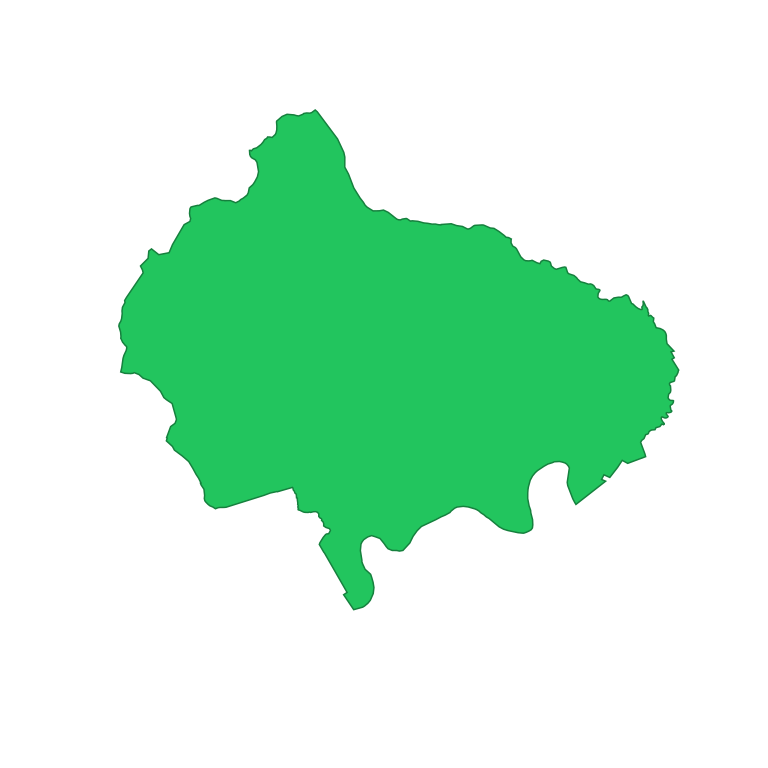 Cicarlau, Maramures, Romania (Albers equal-area conic projection), rotated 296°
{"feature_id": "2599482B33598130201081", "entity_name": "Cicarlau", "entity_type": "district", "adm_level": 2, "iso_a3": "ROU", "parent_name": "Romania", "parent_adm1": "Maramures", "projection": "albers", "projection_center": [23.395, 47.725], "detail": "fine", "context": "isolated", "style": "filled", "palette": "green", "viewbox_px": 768, "rotation_deg": 296, "n_neighbors": 0, "source": "geoboundaries", "source_scale": "gbopen_adm2", "svg_char_len": 6171}
<svg xmlns="http://www.w3.org/2000/svg" viewBox="0 0 768 768"><g transform="rotate(296 384 384)"><path d="M359.9,609.3L393.8,625.8L393.6,621.4L398.8,621.5L399.0,627.9L411.4,630.5L419.8,631.6L419.5,637.8L433.4,651.0L435.6,649.1L444.1,640.2L446.4,640.4L448.9,641.6L453.2,641.4L454.8,643.1L455.5,643.3L457.2,643.1L458.1,643.4L459.9,644.6L461.7,647.6L464.0,647.6L466.7,650.6L469.8,651.3L469.9,653.0L470.7,653.5L471.3,653.2L472.3,651.0L473.6,649.1L474.9,648.1L475.8,648.0L476.3,648.3L476.6,651.4L477.1,652.4L478.0,653.2L478.8,653.6L479.5,653.5L480.8,650.8L481.9,650.4L482.2,650.6L482.9,652.4L483.9,653.7L484.7,654.4L485.6,654.6L486.0,654.4L486.4,653.2L489.6,650.9L490.2,650.8L492.5,652.0L493.5,652.1L494.3,652.1L495.8,651.6L495.9,651.1L494.9,648.7L494.9,647.6L495.6,646.0L496.3,645.3L499.6,644.3L501.5,644.9L502.4,645.0L504.1,644.5L507.9,642.3L508.2,641.3L509.4,640.4L510.8,640.6L513.4,643.3L514.2,643.7L518.1,642.5L519.7,643.2L523.2,643.2L524.6,642.8L525.7,642.8L532.5,631.9L534.8,633.4L538.7,627.9L540.7,630.2L544.3,620.7L547.9,618.2L551.4,616.5L553.0,615.1L554.3,613.3L554.9,611.0L554.9,607.9L553.9,603.9L556.8,600.8L558.0,598.8L561.5,597.6L561.7,596.3L562.5,594.0L562.4,593.3L561.2,592.2L561.4,591.6L563.5,590.9L564.8,589.4L566.5,588.5L567.7,587.0L568.1,585.8L572.0,581.0L572.0,580.7L571.5,580.7L570.1,581.7L568.0,582.4L566.2,582.0L564.6,583.2L564.1,583.2L563.8,582.8L563.4,581.7L563.3,579.2L563.8,576.4L565.0,572.8L564.9,571.2L569.8,565.5L570.4,564.3L570.3,562.5L568.2,560.8L566.0,559.3L564.7,556.5L562.1,552.9L557.5,550.6L557.1,549.9L557.2,549.0L557.7,547.9L557.5,546.6L555.6,542.9L555.1,541.2L555.2,539.7L555.7,538.4L556.5,537.8L559.4,536.8L562.6,537.1L563.2,536.6L563.2,535.6L562.5,533.6L562.5,532.6L564.4,529.4L564.7,527.3L564.5,525.8L563.3,523.9L562.9,520.1L562.0,515.8L563.2,511.9L564.0,510.5L564.8,507.1L564.1,502.0L564.3,500.9L564.7,500.1L568.6,496.3L568.3,495.0L566.8,493.0L562.6,488.5L562.5,486.4L563.2,483.4L563.5,482.6L565.8,480.6L566.4,479.8L566.5,477.8L565.4,473.2L563.2,471.5L560.5,471.4L560.0,468.3L560.1,462.8L559.4,462.2L558.1,460.2L556.9,457.2L556.9,455.3L558.3,451.1L563.5,443.9L564.2,442.3L564.4,439.2L566.6,436.3L569.4,435.0L570.1,434.9L570.2,431.8L569.4,429.2L570.1,427.3L571.5,420.5L572.1,414.6L570.8,411.1L570.5,403.9L570.0,402.5L566.4,396.1L565.5,395.3L561.8,393.4L560.1,391.7L559.9,390.7L560.0,385.5L558.2,379.8L557.5,374.2L552.4,365.4L551.9,365.4L550.9,362.6L550.3,360.1L548.8,357.2L547.6,352.9L546.2,349.1L545.1,343.2L543.0,337.7L542.0,336.5L542.6,332.3L542.5,331.4L540.2,328.1L538.7,326.9L538.0,325.1L537.8,323.5L538.0,322.3L540.1,312.7L540.1,307.3L537.5,303.7L534.8,298.3L535.5,291.5L536.4,288.7L538.3,285.8L540.7,280.9L546.9,271.0L557.1,260.1L561.7,253.7L570.8,249.3L574.6,246.3L583.9,234.8L599.4,204.7L600.1,202.0L596.2,200.0L594.9,198.6L593.7,195.7L592.0,193.3L590.8,192.8L587.5,189.8L586.9,187.9L586.4,185.1L583.9,178.6L579.8,175.1L573.3,172.3L572.4,172.5L568.9,174.6L565.4,176.2L562.3,176.9L560.6,176.9L556.6,175.4L555.8,172.8L555.0,171.1L553.4,170.9L551.4,169.6L548.1,169.2L545.2,168.4L540.4,166.0L538.3,163.7L537.2,163.1L535.5,162.7L535.4,161.2L535.0,160.7L531.5,162.7L530.0,164.3L529.3,166.1L529.1,170.1L527.5,172.7L519.8,178.2L514.6,179.4L508.9,179.2L505.6,178.7L501.2,176.9L496.3,178.2L493.8,178.1L489.3,176.0L486.9,174.3L485.1,173.7L481.9,171.3L481.5,165.5L478.9,160.3L478.9,159.9L477.9,157.8L477.6,152.4L477.1,150.4L472.0,145.4L468.6,142.8L463.4,139.5L462.8,138.1L459.2,133.7L458.2,132.8L456.4,132.8L452.1,134.4L449.7,136.0L448.0,137.7L445.0,138.3L439.6,134.5L416.6,132.8L407.8,133.3L401.5,124.9L403.5,115.8L400.4,114.3L393.5,116.9L383.3,113.4L380.6,116.9L378.3,118.8L349.0,114.6L345.3,114.3L343.9,115.4L343.3,115.5L338.3,115.3L334.8,116.5L332.6,117.8L327.8,119.5L325.2,119.9L321.9,119.7L319.8,120.3L315.2,124.5L311.5,126.7L309.5,127.5L309.2,128.1L307.1,130.6L305.4,134.2L304.8,136.2L303.6,137.0L301.1,137.6L295.7,137.7L292.7,138.2L283.8,141.1L279.4,142.1L280.0,146.4L282.3,151.7L283.6,153.7L284.7,154.5L285.1,159.7L283.6,164.9L284.5,172.6L279.5,186.3L275.3,192.1L274.5,195.4L273.6,202.1L262.1,212.3L260.8,213.1L257.0,213.4L252.2,210.9L240.4,212.1L240.3,212.9L237.5,213.3L235.1,221.3L232.7,224.6L230.9,234.2L228.7,242.5L224.3,249.3L220.4,254.7L218.1,258.6L214.8,262.9L214.4,262.5L213.1,263.9L210.5,268.3L205.1,271.7L202.3,272.7L200.5,274.2L199.7,275.8L198.7,278.6L198.2,280.9L198.4,284.2L198.0,287.2L200.0,289.0L200.8,290.1L203.2,294.8L204.1,296.2L231.3,324.9L236.2,329.6L240.3,334.8L240.4,335.4L250.9,347.0L250.5,347.8L249.0,348.9L248.4,350.3L246.8,352.0L246.6,353.1L246.4,353.5L243.3,355.3L243.5,355.8L243.4,356.2L242.0,356.8L239.2,358.7L237.9,359.2L236.9,360.4L235.8,360.4L235.1,361.0L234.9,361.6L234.4,361.5L233.4,361.9L233.3,362.2L233.6,363.7L233.6,367.6L233.9,369.0L235.3,372.2L236.2,373.1L236.4,374.3L238.3,376.6L239.4,378.7L239.5,380.5L238.7,382.3L236.3,383.5L235.6,385.0L235.5,386.8L235.0,387.4L234.0,387.7L233.4,389.6L232.1,391.0L230.0,392.0L229.6,394.6L230.1,398.4L229.3,399.6L228.8,400.1L225.2,399.9L224.0,398.1L223.1,397.5L219.4,396.6L213.3,396.0L211.4,396.2L206.5,403.5L206.0,404.6L180.5,442.2L176.9,440.1L167.9,455.7L174.1,462.7L176.0,463.9L180.1,465.7L183.7,466.5L190.9,466.2L196.6,464.2L201.0,461.1L204.8,457.7L207.1,455.4L209.2,448.2L212.9,443.7L214.6,442.0L215.9,441.4L223.9,435.8L230.0,433.5L232.5,433.5L235.2,434.0L239.4,436.4L242.3,439.3L242.9,443.2L243.4,448.1L240.7,453.9L238.8,457.3L237.7,459.9L238.0,464.3L240.0,468.6L240.6,471.1L242.7,474.0L252.4,476.9L259.8,476.9L266.7,478.1L272.4,480.1L284.6,489.9L289.7,493.6L293.0,496.5L297.4,499.6L299.2,500.0L303.3,501.9L305.5,503.7L308.8,508.9L310.4,513.5L311.6,520.5L311.7,522.4L311.5,524.8L310.7,527.6L310.3,531.0L309.4,534.3L309.2,537.4L306.1,550.0L305.9,555.0L306.6,559.6L309.1,569.6L310.5,573.4L311.2,575.0L313.1,576.9L315.4,578.8L317.6,580.2L319.7,580.5L322.6,579.5L327.2,577.0L332.5,572.5L334.8,571.1L338.1,567.8L344.0,563.4L349.2,560.9L352.2,559.7L354.8,558.9L361.6,557.6L366.5,557.8L370.6,558.8L373.6,560.0L380.3,563.9L383.9,566.4L387.2,569.9L388.8,571.2L391.3,575.7L392.0,578.5L392.4,581.5L392.1,583.4L391.1,585.6L389.8,587.4L375.9,591.8L373.2,593.7L363.6,604.0L361.1,607.4L359.9,609.3Z" fill="#22c55e" stroke="#15803d" stroke-width="1.5"/></g></svg>